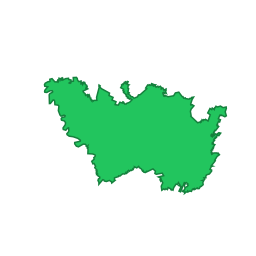 outline of Hueyapan de Ocampo, Veracruz, Mexico, rotated 27°
{"feature_id": "50627088B79595248212250", "entity_name": "Hueyapan de Ocampo", "entity_type": "district", "adm_level": 2, "iso_a3": "MEX", "parent_name": "Mexico", "parent_adm1": "Veracruz", "projection": "robinson", "projection_center": [-95.171, 18.195], "detail": "fine", "context": "isolated", "style": "filled", "palette": "green", "viewbox_px": 256, "rotation_deg": 27, "n_neighbors": 0, "source": "geoboundaries", "source_scale": "gbopen_adm2", "svg_char_len": 5872}
<svg xmlns="http://www.w3.org/2000/svg" viewBox="0 0 256 256"><g transform="rotate(27 128 128)"><path d="M208.2,160.3L208.4,159.9L208.0,159.1L210.2,158.0L209.9,157.1L210.7,157.4L211.7,156.1L213.3,155.7L213.2,153.3L214.3,153.1L213.9,152.5L214.6,151.7L215.5,152.3L216.9,150.0L217.7,150.4L218.9,149.7L219.1,147.2L219.7,146.9L220.7,144.4L219.4,142.5L219.4,140.5L218.3,140.8L219.3,139.8L219.6,138.7L218.3,137.9L220.0,136.9L219.3,136.0L219.2,134.2L221.4,132.0L222.1,128.5L221.6,127.5L219.8,127.7L219.7,124.4L220.8,123.5L219.4,123.7L220.5,118.4L220.6,117.5L219.9,117.4L220.3,112.9L221.6,110.3L219.7,109.5L219.7,110.1L218.3,110.0L215.8,111.3L214.6,113.4L213.5,112.3L213.9,112.1L214.0,111.7L212.3,110.4L213.0,109.5L212.4,109.4L212.5,108.8L213.1,108.7L213.2,107.0L212.6,107.1L212.9,103.4L210.3,104.0L209.9,102.9L210.7,102.7L210.2,102.1L210.7,99.7L209.7,99.7L209.9,97.9L210.4,97.9L211.0,96.4L210.3,96.3L211.0,95.5L210.8,93.6L212.4,93.6L212.9,90.5L211.1,90.9L209.7,93.6L208.5,93.6L208.3,95.3L207.1,95.3L206.6,96.6L207.5,96.7L207.3,97.6L205.8,97.4L206.0,96.5L205.2,96.5L205.5,95.3L206.7,95.3L207.0,93.2L206.3,93.1L206.5,90.6L207.2,90.6L208.1,85.5L206.6,85.6L206.7,84.8L205.8,84.9L205.7,80.8L206.9,81.0L206.6,78.7L204.3,78.8L204.0,75.0L205.1,74.8L205.0,74.1L209.2,74.0L210.1,72.5L207.3,69.5L206.7,65.8L205.9,64.7L203.5,66.7L200.4,66.5L198.3,68.6L196.5,68.7L196.6,70.1L196.2,70.2L196.0,71.2L196.5,72.4L194.0,72.0L194.2,73.6L192.2,73.4L192.2,78.4L195.3,78.9L196.1,85.4L193.1,85.1L193.0,85.8L191.6,86.2L191.6,87.2L190.2,87.0L190.6,89.1L189.8,89.0L189.9,90.3L189.1,90.2L187.7,91.7L178.6,89.0L178.6,88.3L176.0,84.8L175.7,82.5L176.7,78.3L174.4,78.1L173.7,79.0L173.0,78.4L172.2,73.5L172.4,70.7L170.8,71.9L170.8,73.0L169.7,73.5L169.3,74.6L165.7,75.7L165.3,75.2L164.1,76.2L162.7,75.1L162.1,75.5L157.0,73.0L154.3,75.2L154.0,78.6L149.5,82.0L147.2,82.1L146.5,82.9L146.1,82.4L145.3,83.2L143.1,81.0L143.5,80.1L145.2,80.6L145.1,79.3L146.1,79.5L144.4,77.9L144.9,77.4L144.2,76.0L142.8,77.9L140.8,76.5L139.5,78.9L140.1,77.2L137.9,76.1L136.6,77.9L135.6,77.2L134.5,78.9L132.9,78.0L133.1,77.0L131.9,77.4L131.9,79.0L130.4,78.9L130.4,77.6L128.9,77.7L128.9,79.7L127.3,79.8L127.4,80.4L126.0,80.7L125.6,84.4L126.9,84.5L126.8,84.9L123.7,92.8L122.3,93.8L122.3,95.9L119.8,98.8L117.9,98.1L116.4,98.7L115.3,97.9L112.4,97.7L112.5,96.9L111.7,96.3L113.1,96.6L113.2,96.1L111.5,95.8L110.7,92.7L109.9,92.7L108.8,90.0L109.3,89.1L106.5,89.4L107.2,88.9L107.1,86.7L106.3,86.8L106.4,87.9L104.8,87.9L104.8,89.0L104.0,89.0L104.0,91.4L103.2,91.3L102.7,92.6L103.3,93.1L103.2,95.4L106.5,95.5L106.6,97.1L107.9,97.1L107.9,98.4L111.1,98.9L110.9,99.4L112.5,100.1L112.4,100.6L114.3,100.4L114.0,101.4L116.5,101.5L116.6,100.7L118.8,101.0L117.7,104.4L115.4,106.9L115.5,107.4L114.2,108.2L112.2,106.9L111.6,107.0L112.0,108.2L109.1,108.7L108.9,112.1L105.9,113.0L105.4,110.0L101.0,110.3L100.8,107.5L96.3,107.7L95.7,105.3L86.5,105.0L84.2,104.3L84.1,103.1L82.7,102.9L83.1,104.0L83.7,104.2L86.1,115.0L87.7,117.5L85.1,118.9L84.9,119.7L83.1,119.5L83.5,120.4L82.1,119.8L81.5,118.6L81.2,119.0L79.4,117.1L78.2,118.6L77.9,118.4L77.6,118.1L78.8,116.5L78.1,115.9L77.2,117.2L76.6,116.7L75.4,118.2L74.1,116.8L72.2,116.5L71.2,115.5L74.4,111.3L72.9,110.8L73.0,111.7L72.5,111.9L72.2,110.2L72.7,110.2L72.8,109.6L71.8,108.7L70.3,108.6L69.0,107.3L68.4,108.3L67.7,107.2L67.1,107.9L67.7,109.8L66.7,109.1L66.1,110.0L65.5,109.2L65.8,108.3L65.0,108.1L64.8,107.5L63.1,109.0L61.4,108.3L60.3,106.9L59.1,106.3L56.3,107.9L58.1,111.1L56.2,112.3L56.6,113.8L56.1,114.6L55.1,114.6L56.1,112.3L55.4,111.1L53.2,111.7L52.4,110.7L50.0,112.3L48.2,114.8L47.2,113.2L46.5,113.1L46.3,113.6L47.2,114.8L46.6,116.0L45.5,114.6L43.9,115.0L45.0,117.2L44.9,118.3L43.5,116.5L44.0,119.1L41.9,120.1L37.9,118.5L36.2,120.1L37.3,121.7L37.1,122.3L35.8,122.9L33.9,125.7L33.9,127.3L34.9,128.6L37.8,127.7L36.8,132.0L37.1,133.3L37.7,133.9L39.5,133.2L41.6,130.3L43.5,129.2L44.4,129.8L44.5,130.4L42.8,132.7L42.7,134.2L46.9,141.9L47.7,141.4L48.6,137.0L49.4,136.7L50.4,137.3L52.3,140.4L55.4,139.4L56.5,139.9L58.1,144.2L61.5,147.3L62.9,147.8L65.1,145.6L66.4,145.6L66.6,146.8L64.4,148.6L64.3,150.2L65.2,151.2L68.1,150.6L69.9,151.6L70.6,153.4L70.1,157.5L71.0,158.7L73.6,158.2L74.3,155.6L75.0,154.9L76.4,157.0L76.7,158.6L76.1,160.8L76.7,161.6L79.3,162.0L83.1,160.7L88.0,160.0L91.1,160.5L91.4,161.5L87.1,165.1L87.7,166.3L90.2,167.6L92.4,167.3L95.4,162.7L97.5,161.8L98.9,162.6L98.9,163.1L100.0,163.1L100.3,162.3L100.5,163.6L101.2,163.7L100.8,164.4L102.0,165.0L103.9,169.1L108.2,167.2L110.7,166.9L111.4,167.5L111.6,168.4L111.0,169.9L112.0,171.2L110.8,174.1L113.0,175.9L113.9,175.0L116.5,176.9L116.3,178.2L116.9,178.7L119.4,179.6L120.0,180.7L119.5,180.9L120.4,181.3L120.0,182.3L120.6,183.1L121.4,182.7L121.4,183.8L122.3,183.6L122.7,184.2L125.1,184.5L125.6,185.5L124.8,186.8L125.0,188.3L126.9,189.8L127.6,191.3L129.0,185.5L130.0,185.3L131.0,186.0L133.0,185.5L135.2,183.2L137.6,183.4L138.5,184.4L140.3,180.4L139.4,180.3L138.6,178.5L141.5,175.7L141.4,174.8L142.6,174.5L144.1,171.2L146.1,170.5L146.3,168.7L147.2,169.2L148.0,167.5L147.2,167.1L147.8,165.5L148.8,166.0L149.7,164.2L150.2,164.4L151.5,162.7L150.8,162.1L151.8,160.1L151.4,159.6L153.9,159.6L154.9,157.4L156.2,158.2L158.5,158.4L160.5,159.8L160.8,159.1L162.2,160.2L163.7,159.8L164.3,158.3L164.6,158.6L168.8,153.1L172.0,154.0L172.6,156.3L174.2,156.4L179.0,152.7L181.4,154.3L177.3,157.8L180.1,157.8L180.0,159.6L181.3,160.5L181.3,159.2L183.9,161.1L184.0,164.7L186.4,168.1L187.5,166.0L188.9,166.2L189.3,164.9L191.1,165.0L190.8,162.8L193.1,162.8L194.6,163.6L194.7,162.9L196.3,163.0L195.8,160.5L196.3,156.1L197.9,155.8L197.7,153.8L200.1,155.2L199.6,156.2L201.9,156.0L202.1,161.1L203.8,161.0L203.1,152.2L204.4,153.7L204.3,151.9L203.5,151.8L203.5,151.1L204.3,151.0L204.6,150.2L206.5,150.5L206.3,151.3L207.6,151.6L207.4,153.3L205.7,155.0L206.2,155.8L206.3,158.5L205.4,158.6L205.4,159.7L208.1,159.6L208.2,160.3Z" fill="#22c55e" stroke="#15803d" stroke-width="1.5"/></g></svg>